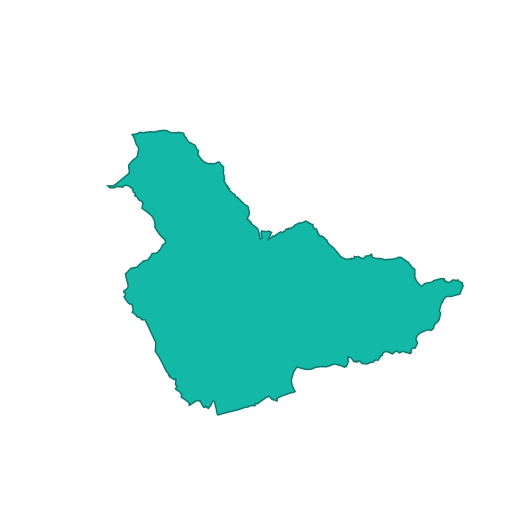 Tarsolt, Satu Mare, Romania, rotated 52°
{"feature_id": "2599482B11376721616629", "entity_name": "Tarsolt", "entity_type": "district", "adm_level": 2, "iso_a3": "ROU", "parent_name": "Romania", "parent_adm1": "Satu Mare", "projection": "mercator", "projection_center": [23.323, 47.964], "detail": "fine", "context": "isolated", "style": "filled", "palette": "teal", "viewbox_px": 512, "rotation_deg": 52, "n_neighbors": 0, "source": "geoboundaries", "source_scale": "gbopen_adm2", "svg_char_len": 6154}
<svg xmlns="http://www.w3.org/2000/svg" viewBox="0 0 512 512"><g transform="rotate(52 256 256)"><path d="M407.0,111.1L406.1,111.3L405.1,110.3L404.3,110.1L400.1,111.9L399.5,111.4L399.0,112.0L398.7,113.1L396.1,115.4L395.9,119.4L395.4,120.4L394.2,121.1L393.3,122.4L392.5,121.9L391.4,122.8L389.9,121.7L387.7,124.2L384.9,131.0L384.9,133.1L384.6,134.2L382.4,138.1L381.6,140.1L381.8,144.4L375.6,145.1L370.8,144.0L364.2,139.0L361.1,140.0L354.3,139.9L353.5,140.4L346.7,142.4L345.5,143.4L344.6,144.9L344.1,147.6L341.9,151.4L337.7,157.3L335.6,158.6L334.3,159.8L331.7,163.1L329.1,164.8L328.1,164.9L326.1,163.8L325.5,164.1L325.6,165.9L325.4,166.6L323.6,169.7L323.5,170.1L324.3,171.1L324.0,173.1L321.1,175.1L319.6,175.4L319.5,176.4L317.0,178.8L317.7,178.9L318.4,180.4L316.5,182.2L317.0,183.2L315.2,184.8L315.1,186.1L312.5,187.9L310.5,188.9L307.9,189.7L298.6,189.8L295.7,190.2L292.7,191.1L289.6,191.2L286.8,190.4L284.5,191.2L282.9,190.9L282.5,191.7L280.3,192.0L280.4,192.7L280.3,193.0L278.8,193.6L277.9,193.1L276.8,193.4L276.3,192.9L275.7,193.3L274.9,192.9L274.5,192.4L274.0,192.7L272.6,191.8L271.6,192.0L270.6,193.4L269.1,192.8L267.8,193.1L267.2,192.5L266.3,192.3L266.4,192.0L266.2,191.8L265.4,192.7L262.8,193.5L262.1,194.2L259.4,195.0L259.0,195.4L258.4,198.7L257.1,201.2L256.2,202.4L256.3,203.3L255.6,206.3L256.1,208.5L255.6,210.4L255.8,211.6L255.7,212.0L254.5,212.7L254.4,213.6L254.8,214.6L253.9,214.8L253.5,215.9L254.1,218.0L253.7,218.8L254.0,219.4L253.9,221.0L253.0,221.0L252.2,221.8L251.8,224.1L252.0,225.5L251.7,226.3L251.6,229.3L251.2,230.1L250.4,230.8L250.8,231.3L251.1,232.6L250.7,233.7L250.6,236.1L249.6,234.9L248.7,232.3L247.7,230.8L247.1,229.2L243.9,230.8L244.1,231.5L243.7,232.3L239.8,236.2L241.2,238.1L245.5,240.1L245.4,242.3L238.3,238.8L235.4,237.8L226.9,240.0L226.5,239.1L224.3,239.6L222.8,239.4L221.4,240.5L219.4,236.2L218.1,234.7L212.3,231.9L211.1,232.0L208.7,233.3L200.3,234.3L197.8,234.7L196.6,235.5L195.9,235.5L195.3,235.1L193.4,235.2L192.6,235.7L187.2,236.5L186.7,235.4L184.1,236.4L183.7,235.2L182.1,235.6L177.2,235.0L175.7,233.0L174.8,233.0L173.1,231.7L169.7,230.3L168.7,228.7L167.0,228.0L166.6,227.3L165.7,226.6L163.0,227.3L160.0,227.0L159.5,227.1L158.3,228.8L158.0,231.1L157.2,233.0L155.4,234.6L154.0,236.5L151.5,238.4L148.5,239.3L147.6,239.2L146.5,239.7L141.8,239.3L140.7,239.6L137.4,236.4L135.3,236.9L132.3,236.0L130.6,236.0L129.7,236.7L127.1,237.6L126.4,238.3L122.8,239.0L119.9,238.2L118.1,238.6L117.0,238.5L115.1,237.5L114.0,237.9L112.6,239.6L110.7,240.9L110.1,242.6L109.5,243.4L108.7,243.9L107.7,246.2L105.9,247.5L102.4,249.0L100.1,251.4L97.7,255.5L96.9,257.1L96.6,258.3L96.0,259.0L95.6,259.9L92.7,263.2L92.0,264.7L90.7,266.2L89.7,269.3L87.2,270.9L86.3,275.1L84.1,278.8L87.8,279.2L94.2,281.6L98.3,281.9L99.8,282.7L100.2,283.6L104.1,287.8L104.8,289.9L104.6,294.0L105.9,300.2L106.9,301.2L111.0,303.5L112.7,305.1L113.1,320.1L112.9,325.4L109.5,329.6L111.8,329.2L112.5,328.9L113.8,327.4L115.2,325.0L115.6,322.8L119.8,318.4L119.4,316.4L119.8,315.2L120.4,314.6L122.6,313.1L127.8,311.7L127.9,312.4L129.7,313.2L130.5,313.3L131.3,312.6L132.4,312.6L133.4,314.0L134.3,314.4L136.0,313.2L138.2,313.7L140.3,313.7L141.0,312.9L144.3,312.3L144.8,312.5L145.6,313.7L148.3,316.5L153.3,314.9L160.4,313.4L165.6,314.2L171.2,317.6L171.0,317.8L172.6,318.2L178.8,318.7L184.3,318.4L186.2,317.8L189.5,318.5L189.9,319.4L189.8,322.5L191.8,327.0L192.0,329.4L192.7,331.4L192.3,333.2L190.2,336.1L190.3,337.2L191.1,338.4L192.6,343.6L191.4,346.0L191.3,346.9L190.6,347.8L190.9,348.2L190.8,351.3L191.2,355.1L191.6,355.8L191.4,356.8L188.7,362.1L189.2,365.8L189.5,366.6L189.7,370.0L191.2,370.4L192.6,371.5L194.6,372.1L195.2,372.7L196.6,373.0L201.2,375.3L202.0,376.8L202.4,378.1L202.2,381.6L203.0,382.5L205.0,381.9L206.0,382.7L206.7,383.7L206.9,385.1L208.7,385.0L208.9,385.4L209.6,385.5L214.7,385.5L215.6,385.3L217.3,384.0L218.3,383.7L219.4,384.0L220.0,384.6L221.4,384.9L223.7,387.1L224.1,388.2L227.3,387.1L230.7,387.1L232.9,385.4L233.9,385.2L235.6,385.5L237.3,383.6L237.8,382.6L262.7,388.3L269.1,394.0L275.5,394.5L281.0,395.4L291.3,397.6L296.9,397.6L296.7,398.4L299.0,398.1L303.1,396.5L303.2,395.1L304.0,395.0L307.4,398.4L308.4,398.6L310.0,398.2L311.1,401.3L313.7,400.7L315.7,399.8L319.5,399.9L321.4,401.9L322.6,401.3L327.4,399.8L331.4,399.1L331.5,399.6L332.1,399.5L332.3,400.5L332.7,400.4L333.4,392.0L334.4,390.5L335.5,390.1L336.1,389.1L337.8,389.7L342.8,390.4L343.8,389.5L343.6,388.0L343.8,387.9L346.4,387.6L346.9,387.2L346.4,385.9L345.8,383.1L344.0,380.6L343.9,379.7L344.6,378.3L352.4,381.6L354.3,382.8L357.5,384.1L358.4,382.7L360.1,378.2L365.9,365.3L368.5,357.9L370.1,355.2L370.2,353.4L371.2,351.7L373.3,348.9L372.1,348.8L372.4,347.2L373.1,346.4L373.5,344.3L373.4,342.7L373.7,336.3L374.4,331.9L378.7,331.7L383.2,328.6L381.0,326.6L381.7,324.4L382.1,322.1L384.9,313.7L386.7,309.9L386.8,308.6L380.7,307.4L375.8,304.9L370.4,297.6L369.7,295.1L368.5,292.2L375.7,286.9L378.6,283.3L379.4,281.3L380.6,277.0L381.5,275.9L382.6,273.6L386.7,268.6L386.7,268.0L387.3,267.2L389.0,261.6L389.8,260.2L395.3,256.2L398.1,254.8L397.9,254.0L398.8,252.9L397.9,252.4L397.7,250.9L395.8,248.1L393.3,246.2L392.2,246.1L392.1,245.3L393.9,244.2L396.1,243.7L399.5,243.9L400.0,243.5L400.2,242.5L400.6,241.5L401.4,242.2L402.3,239.5L403.3,238.9L406.2,238.5L409.2,235.2L410.2,232.6L409.9,231.4L411.8,229.4L411.2,227.1L411.4,226.6L411.8,226.4L411.7,225.3L413.2,224.3L413.2,223.3L412.2,221.4L412.3,220.6L411.5,219.7L411.6,218.9L412.1,218.3L412.1,217.5L410.8,216.3L410.7,215.8L410.6,214.2L411.0,213.1L412.0,211.5L413.3,210.9L414.4,210.0L415.9,209.6L417.2,208.7L417.0,205.4L417.5,204.0L418.5,203.3L420.5,202.8L420.9,202.1L421.2,199.6L423.1,197.7L424.5,197.2L425.5,196.1L427.5,194.8L427.9,194.2L427.7,193.1L425.9,191.9L425.1,190.5L425.0,189.1L426.4,187.7L426.5,186.9L425.4,185.2L424.1,182.4L423.1,181.8L420.6,181.5L419.9,181.1L418.5,179.2L418.0,177.2L417.7,174.6L418.7,169.8L420.1,165.8L420.5,165.2L422.2,164.3L422.5,162.1L422.2,160.5L420.5,158.4L419.8,156.7L419.7,154.2L419.0,150.9L414.9,145.9L414.0,145.5L412.5,145.6L412.1,145.4L407.8,139.6L407.0,137.2L405.6,134.5L405.4,133.3L405.1,132.9L405.1,131.2L406.8,128.5L407.7,127.8L411.5,118.8L407.0,111.1Z" fill="#14b8a6" stroke="#0f766e" stroke-width="1.5"/></g></svg>